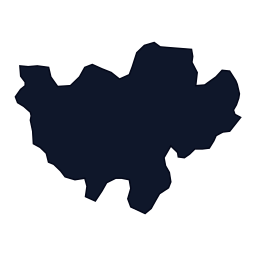 Chilgok-gun, North Gyeongsang, South Korea
{"feature_id": "91817680B44952414610796", "entity_name": "Chilgok-gun", "entity_type": "district", "adm_level": 2, "iso_a3": "KOR", "parent_name": "South Korea", "parent_adm1": "North Gyeongsang", "projection": "robinson", "projection_center": [128.47, 35.999], "detail": "fine", "context": "isolated", "style": "filled", "palette": "ink", "viewbox_px": 256, "rotation_deg": 0, "n_neighbors": 0, "source": "geoboundaries", "source_scale": "gbopen_adm2", "svg_char_len": 1175}
<svg xmlns="http://www.w3.org/2000/svg" viewBox="0 0 256 256"><path d="M191.5,49.4L168.5,47.6L160.2,46.9L154.2,42.5L144.4,45.4L136.8,52.7L132.3,66.7L129.3,74.7L119.5,79.1L111.2,72.5L102.1,68.9L92.3,64.5L84.8,67.4L79.5,76.9L70.4,85.7L57.6,86.5L50.8,76.9L48.6,67.4L37.3,65.9L28.2,66.7L19.9,65.9L20.7,76.2L25.2,82.1L25.2,85.7L20.6,89.4L15.4,96.8L17.6,102.6L23.7,106.3L30.4,112.2L31.2,115.8L30.4,120.2L32.7,131.2L33.4,143.7L40.2,147.4L46.3,153.3L48.5,162.1L53.8,164.3L60.6,170.9L65.1,176.8L74.9,179.7L84.8,178.2L87.0,186.3L85.5,196.6L95.3,201.0L102.1,190.7L106.6,182.7L115.7,178.2L121.7,178.2L129.3,179.7L130.8,188.5L127.8,198.8L130.8,206.9L145.1,213.5L151.2,208.4L152.5,206.0L155.7,200.3L159.5,193.7L168.5,187.8L170.8,181.9L169.3,172.4L165.5,165.8L164.0,157.7L170.8,145.9L177.6,152.5L178.3,156.9L184.4,157.7L189.7,154.0L194.9,148.9L202.5,148.9L209.3,148.1L213.8,140.8L216.1,135.6L220.2,133.4L222.9,132.0L229.7,131.2L240.6,117.4L234.9,114.4L233.4,110.0L236.4,104.8L238.7,98.2L239.4,93.8L237.2,84.3L235.7,80.6L229.6,71.1L222.1,70.3L216.0,76.9L210.8,80.6L204.7,85.0L195.7,85.7L197.2,72.5L191.9,62.3L192.7,56.4L191.5,49.4Z" fill="#0f172a" stroke="#020617" stroke-width="1.5"/></svg>